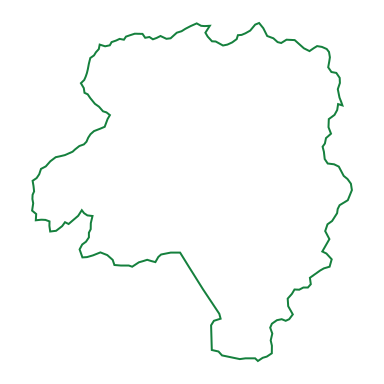 Caconde, São Paulo, Brazil (Albers equal-area conic projection)
{"feature_id": "56859067B24712398589608", "entity_name": "Caconde", "entity_type": "district", "adm_level": 2, "iso_a3": "BRA", "parent_name": "Brazil", "parent_adm1": "São Paulo", "projection": "albers", "projection_center": [-46.63, -21.556], "detail": "fine", "context": "isolated", "style": "outline", "palette": "green", "viewbox_px": 384, "rotation_deg": 0, "n_neighbors": 0, "source": "geoboundaries", "source_scale": "gbopen_adm2", "svg_char_len": 2683}
<svg xmlns="http://www.w3.org/2000/svg" viewBox="0 0 384 384"><path d="M339.6,205.2L347.8,200.2L351.9,190.1L350.9,183.7L347.5,179.0L343.7,175.9L338.8,166.6L334.1,164.3L327.7,163.5L324.7,159.0L323.9,151.8L322.6,146.7L324.9,143.5L326.0,138.1L331.0,133.7L328.5,127.2L328.8,119.1L334.5,114.9L337.2,110.0L338.1,104.1L342.4,105.4L341.2,101.9L339.5,97.6L337.8,89.2L339.9,83.0L339.7,77.9L336.3,72.9L331.4,72.0L328.2,67.3L329.3,61.2L329.9,57.3L329.0,52.0L326.7,49.0L321.9,46.9L317.1,46.1L313.7,48.2L309.5,51.1L303.9,48.3L294.7,40.1L286.5,39.7L281.2,43.0L277.6,42.1L273.4,38.3L267.2,36.0L263.3,28.2L259.1,23.0L255.2,24.6L250.2,30.6L245.4,33.3L241.6,34.9L237.9,35.2L236.7,39.1L232.2,42.4L227.4,44.6L223.0,45.5L215.7,41.5L212.0,41.3L207.7,36.6L205.4,32.7L209.8,25.8L204.6,26.1L201.1,25.8L196.7,23.4L190.6,26.1L185.4,28.8L181.6,31.2L176.8,32.7L170.6,38.3L166.4,38.8L160.5,36.0L156.5,38.0L152.9,39.3L149.4,37.0L145.2,37.8L142.5,33.9L134.8,33.7L129.8,35.3L126.0,36.6L123.9,39.7L119.6,38.9L116.2,40.5L111.6,42.1L109.8,45.3L105.1,46.3L99.7,44.6L98.8,49.1L95.9,52.3L94.0,55.4L90.3,58.0L88.9,63.6L87.8,69.4L86.9,73.1L85.7,76.6L84.2,80.0L80.9,83.2L83.8,88.1L84.5,92.8L87.7,94.3L90.2,98.0L94.9,103.8L99.0,106.7L103.0,111.3L106.5,112.4L109.9,115.1L107.6,119.0L104.7,126.8L100.2,128.7L94.0,131.1L90.5,134.2L88.2,137.7L86.5,141.7L83.9,144.4L79.4,146.0L75.2,149.3L72.6,151.7L64.9,155.1L59.9,156.3L55.7,157.2L50.3,161.3L45.8,166.4L41.0,168.9L39.2,174.3L36.6,178.1L32.6,180.8L33.5,186.0L34.1,191.4L32.6,194.8L32.4,199.0L33.2,203.3L32.1,210.6L36.2,214.0L35.8,220.3L41.3,219.7L45.4,219.9L49.5,221.4L49.4,225.9L50.2,231.5L56.1,230.8L62.2,226.1L65.0,222.2L68.6,224.0L72.8,220.4L78.2,215.8L81.8,210.2L84.1,213.2L87.4,215.4L92.5,216.0L90.8,223.2L90.7,229.2L88.9,232.7L88.9,237.4L86.0,241.7L82.2,244.5L79.6,249.4L82.4,257.4L87.0,257.1L92.9,255.4L100.4,252.4L107.3,255.1L112.7,259.9L114.4,265.0L120.5,265.5L128.7,265.5L132.2,266.7L135.4,264.6L138.9,262.3L143.1,261.1L147.2,259.8L151.5,261.1L155.4,262.1L158.3,257.0L161.1,254.5L165.1,253.7L170.7,252.6L180.1,252.6L189.2,267.3L194.1,275.1L203.0,289.3L219.3,313.8L220.6,318.7L213.9,320.8L211.1,325.3L211.8,350.0L218.5,351.5L222.0,355.4L239.8,359.1L245.7,358.3L250.2,358.3L255.1,358.3L257.9,361.0L262.7,357.8L266.8,356.6L271.8,353.3L271.9,345.7L270.7,340.4L272.3,333.6L270.2,327.7L271.9,323.7L276.9,320.2L281.7,319.2L285.7,320.8L289.2,319.2L292.8,314.4L288.2,306.2L287.7,298.6L291.9,293.9L294.5,289.5L299.2,289.7L303.4,287.5L307.9,287.5L310.8,284.2L309.9,277.8L320.0,270.6L323.8,268.4L329.6,266.7L331.7,259.3L326.4,253.5L322.3,251.5L329.4,239.1L325.2,231.1L327.5,224.3L332.1,221.0L337.1,213.2L337.7,209.0L339.6,205.2Z" fill="none" stroke="#15803d" stroke-width="2"/></svg>